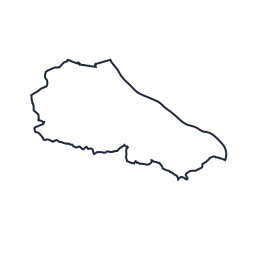 outline of Pojejena, Caras-Severin, Romania, rotated 209°
{"feature_id": "2599482B98015240741621", "entity_name": "Pojejena", "entity_type": "district", "adm_level": 2, "iso_a3": "ROU", "parent_name": "Romania", "parent_adm1": "Caras-Severin", "projection": "mercator", "projection_center": [21.532, 44.807], "detail": "fine", "context": "isolated", "style": "outline", "palette": "slate", "viewbox_px": 256, "rotation_deg": 209, "n_neighbors": 0, "source": "geoboundaries", "source_scale": "gbopen_adm2", "svg_char_len": 4788}
<svg xmlns="http://www.w3.org/2000/svg" viewBox="0 0 256 256"><g transform="rotate(209 128 128)"><path d="M228.5,109.7L227.7,108.9L226.3,106.5L224.5,104.6L223.7,103.4L222.8,103.1L222.4,102.6L221.9,102.1L221.4,101.6L220.9,101.1L220.4,100.2L220.0,99.3L219.4,98.5L218.9,97.6L214.1,96.7L212.7,96.1L212.2,95.3L211.7,94.5L211.1,93.7L210.6,92.9L210.4,91.8L210.0,91.3L208.1,92.1L206.7,92.3L205.3,91.9L204.3,92.6L204.0,91.9L204.3,90.0L205.8,88.4L206.2,87.9L207.0,86.9L207.8,85.9L209.4,83.8L209.6,83.5L209.8,82.4L208.0,80.4L207.1,79.6L204.2,80.4L201.2,79.6L198.0,78.3L196.8,77.2L195.7,76.9L194.4,77.6L193.3,78.8L191.6,79.5L190.4,79.5L189.3,79.5L188.1,79.5L187.0,79.6L186.9,80.4L185.6,81.6L184.9,82.7L183.7,82.9L181.0,82.5L179.7,83.4L176.9,83.6L176.3,83.8L175.7,84.0L175.1,84.3L174.5,84.6L173.6,84.5L172.7,85.4L171.8,85.7L170.7,85.4L169.4,86.1L168.6,86.4L168.2,86.1L167.7,85.9L167.2,85.7L166.8,85.5L166.2,85.7L165.6,85.7L165.0,85.7L164.4,85.7L163.5,85.9L162.9,86.9L162.6,87.2L162.2,87.6L161.8,88.0L161.5,88.4L159.1,87.9L157.8,87.5L156.5,87.9L156.3,88.7L156.1,89.6L155.8,90.4L155.4,91.2L154.3,91.3L153.1,90.4L152.4,90.5L151.9,91.0L151.5,91.4L151.0,91.8L150.5,92.1L149.0,92.2L148.6,91.9L148.2,91.6L147.8,91.3L147.5,91.0L147.1,90.6L146.8,90.3L146.5,89.9L146.2,89.5L145.1,88.8L144.5,89.7L143.3,91.9L142.3,92.5L141.2,93.1L140.2,93.7L139.1,94.2L137.2,94.6L136.1,95.3L134.8,97.5L133.6,97.9L131.9,98.4L130.7,99.1L129.8,99.7L129.6,100.5L128.6,100.8L128.0,101.9L126.6,102.4L126.0,103.4L125.9,104.9L125.7,105.4L125.1,106.7L124.6,107.9L123.9,109.2L123.2,110.4L122.9,111.4L122.2,110.9L120.6,110.9L119.6,111.5L118.7,110.9L119.3,109.1L118.6,107.2L117.0,104.8L116.3,103.5L115.6,101.4L115.2,101.1L114.9,100.8L114.5,100.4L114.1,100.1L113.8,99.8L113.5,99.4L113.2,99.0L112.9,98.6L112.2,98.6L108.2,99.1L105.4,99.9L105.4,101.7L105.2,102.7L104.2,102.5L103.4,101.9L102.9,102.2L102.5,102.4L102.0,102.5L101.5,102.6L100.4,102.3L98.5,103.5L97.9,103.7L97.3,103.9L96.7,104.1L96.2,104.4L93.9,104.9L92.0,106.4L91.2,108.1L90.7,110.3L91.6,110.8L91.9,111.2L91.0,111.4L89.2,111.1L86.2,112.1L84.8,112.1L83.6,112.7L82.6,112.2L81.6,111.7L80.5,111.3L79.4,110.9L78.4,109.8L77.6,109.4L76.9,109.5L76.1,109.6L75.3,109.6L74.5,109.6L71.3,110.4L69.9,109.8L69.5,110.0L69.0,110.1L68.4,110.2L67.9,110.3L67.7,110.3L64.8,109.8L62.6,109.9L60.9,109.1L59.2,107.4L59.1,108.1L58.9,108.8L58.6,109.5L58.3,110.2L57.3,111.3L55.4,111.5L54.8,111.5L54.2,111.5L53.6,111.4L53.0,111.3L52.4,111.1L51.6,111.5L51.3,112.1L51.6,113.0L52.4,113.4L53.2,113.9L54.0,114.4L54.8,114.9L55.1,116.1L53.4,119.6L52.6,120.6L50.5,122.2L48.4,123.2L47.7,124.2L47.0,125.2L46.3,126.2L45.7,127.2L44.5,128.7L44.3,129.8L44.5,130.6L44.8,131.2L45.1,131.9L45.4,132.6L44.8,133.6L44.2,134.7L43.6,135.7L43.0,136.8L42.7,138.0L42.3,139.2L42.0,140.5L41.7,141.7L40.6,143.0L40.3,143.7L39.7,144.3L39.1,144.6L38.9,144.8L38.3,144.9L37.7,145.1L37.4,145.0L36.8,145.0L36.6,145.1L36.4,145.2L35.8,145.5L35.4,145.6L35.1,145.7L34.7,145.8L34.3,145.8L33.9,146.1L33.7,146.0L33.1,146.0L32.5,146.2L32.4,146.3L32.2,146.4L31.9,146.4L31.4,146.5L27.5,147.1L27.8,148.7L28.7,151.3L29.6,153.2L30.7,154.7L32.0,156.2L34.8,158.4L35.9,159.0L38.0,159.9L39.9,160.5L43.7,161.7L46.6,162.5L49.7,163.1L51.1,163.2L54.0,163.3L57.3,162.6L59.5,161.7L60.7,161.4L62.0,161.1L62.4,161.2L64.2,161.2L66.7,161.5L67.4,161.5L70.2,161.3L71.0,161.2L73.5,160.6L76.7,159.8L78.5,159.5L80.4,159.5L83.2,159.7L86.0,160.2L89.0,160.9L91.8,161.6L97.0,162.6L98.4,162.9L101.6,163.2L103.3,163.5L105.6,163.8L108.2,164.4L109.4,164.8L110.3,165.0L113.7,165.6L117.9,165.4L120.0,165.1L123.9,164.8L129.2,164.1L133.8,163.7L135.3,163.7L136.8,163.8L138.3,164.0L140.7,164.6L150.8,167.5L151.7,167.7L152.5,167.9L153.9,168.2L155.7,168.8L156.3,169.1L158.8,170.0L162.6,172.2L165.0,173.7L166.6,174.4L169.9,175.8L173.3,177.1L175.2,178.1L175.4,178.3L176.5,179.1L181.6,174.0L183.0,172.5L184.6,171.0L185.2,170.4L186.0,169.6L187.0,168.8L187.3,168.6L187.0,167.9L187.5,167.6L187.3,167.2L187.2,167.2L185.9,165.9L186.6,165.6L190.7,163.9L192.2,163.5L192.3,163.5L192.8,163.3L193.3,163.0L193.7,162.9L193.8,162.9L195.8,161.9L196.8,161.9L197.2,161.7L197.6,161.5L198.0,161.3L198.3,161.0L198.7,160.7L200.1,160.7L200.5,160.4L200.8,160.1L201.4,160.8L201.8,160.9L202.3,161.0L202.7,161.1L203.2,161.2L203.0,160.0L210.8,158.7L211.4,159.0L213.8,158.2L213.5,156.9L214.2,156.2L214.9,155.4L215.5,154.5L216.1,153.7L216.4,152.2L216.7,150.8L217.1,149.3L217.5,147.8L218.4,147.5L219.1,146.6L220.9,145.7L222.1,144.5L225.8,139.6L227.0,137.6L226.8,136.1L226.3,134.0L225.3,132.3L223.9,131.3L223.3,131.1L222.6,130.8L222.0,130.4L221.5,130.0L221.0,129.3L220.5,128.5L220.1,127.7L219.7,126.9L219.5,125.0L219.9,124.2L220.8,123.7L221.2,122.6L223.1,120.4L223.4,119.6L223.7,118.7L224.1,117.9L224.4,117.1L225.1,115.8L225.8,114.6L226.5,113.5L227.2,112.3L228.5,109.7Z" fill="none" stroke="#1e293b" stroke-width="2"/></g></svg>